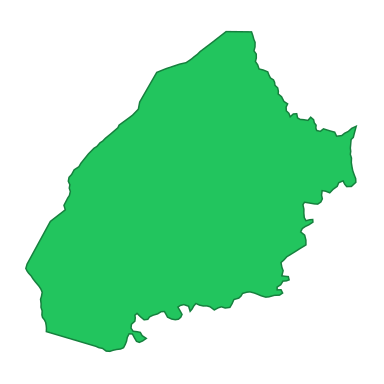 Coronel João Sá, Bahia, Brazil (Robinson projection), rotated 272°
{"feature_id": "56859067B3761453867009", "entity_name": "Coronel João Sá", "entity_type": "district", "adm_level": 2, "iso_a3": "BRA", "parent_name": "Brazil", "parent_adm1": "Bahia", "projection": "robinson", "projection_center": [-37.952, -10.285], "detail": "fine", "context": "isolated", "style": "filled", "palette": "green", "viewbox_px": 384, "rotation_deg": 272, "n_neighbors": 0, "source": "geoboundaries", "source_scale": "gbopen_adm2", "svg_char_len": 3095}
<svg xmlns="http://www.w3.org/2000/svg" viewBox="0 0 384 384"><g transform="rotate(272 192 192)"><path d="M332.7,195.3L329.8,192.6L327.4,189.6L325.1,187.1L323.2,184.6L321.0,181.5L319.4,175.3L314.6,162.4L313.5,159.8L310.3,152.6L280.1,136.6L272.9,135.5L266.7,129.9L264.0,126.6L256.3,116.8L253.6,115.7L246.7,108.2L242.7,103.6L239.7,100.9L238.0,98.4L234.2,95.4L232.3,92.5L226.5,87.2L216.9,80.0L213.3,78.1L210.1,73.5L205.3,71.1L202.4,68.6L198.5,68.0L195.0,69.7L191.6,69.2L188.3,70.4L184.2,69.6L181.8,68.1L174.2,64.5L169.8,66.0L157.7,51.5L114.2,29.7L109.8,28.6L107.2,30.0L105.1,31.6L102.5,34.2L99.7,36.1L96.7,38.6L92.5,42.4L89.8,44.3L86.6,45.8L82.5,45.2L79.5,44.4L74.9,45.1L71.5,45.1L68.0,46.4L63.9,46.3L61.4,47.0L59.2,48.9L56.6,50.3L53.2,51.0L50.6,51.3L47.4,51.3L34.4,101.4L33.2,104.3L32.6,108.0L30.0,111.8L29.9,115.5L31.1,118.7L32.0,122.2L32.6,126.1L34.0,129.0L37.3,130.6L40.7,131.8L44.5,132.4L48.1,134.1L48.0,137.4L44.2,139.6L40.8,141.8L39.9,144.6L41.4,147.8L44.1,151.4L46.7,147.2L49.9,145.2L50.5,141.7L50.8,138.0L53.8,135.8L57.7,136.1L60.9,139.4L64.3,139.7L66.8,139.2L68.8,141.3L65.4,145.0L62.6,148.6L63.2,152.3L65.7,153.9L67.5,157.3L69.0,161.9L71.3,165.3L71.6,168.6L68.7,170.4L66.1,171.9L64.3,176.1L63.8,179.8L64.4,182.9L66.4,185.1L69.3,186.3L72.7,184.3L76.5,181.9L78.2,184.3L79.2,187.8L77.7,192.6L72.7,194.3L75.1,196.2L78.1,197.7L80.7,199.8L79.2,203.5L78.5,207.2L78.7,210.8L77.9,214.1L74.9,218.4L77.2,222.3L78.3,225.4L77.2,229.2L78.0,233.9L81.9,236.0L86.0,237.6L87.6,242.5L89.7,244.6L92.4,246.0L93.8,250.4L94.2,253.5L93.2,257.9L91.9,261.6L90.7,264.7L89.5,269.3L89.9,272.5L91.6,277.9L92.0,283.1L94.2,286.1L97.4,284.4L97.2,280.5L100.0,280.4L102.4,283.9L106.1,286.0L106.5,289.5L107.6,292.1L110.8,291.2L111.0,287.7L111.4,284.7L116.5,285.8L120.1,284.4L124.6,283.4L127.6,286.5L130.6,289.0L133.3,293.1L136.5,297.9L139.0,301.5L143.1,307.7L147.9,307.5L152.8,306.1L155.9,302.0L159.3,303.5L161.4,306.3L163.4,310.1L166.1,313.9L168.7,313.6L168.4,310.7L167.3,306.9L170.3,305.1L174.8,304.5L178.8,304.4L183.2,303.3L185.7,304.8L185.2,308.9L184.4,314.6L184.3,318.1L186.5,321.1L189.7,322.5L193.3,321.6L197.9,322.0L197.5,325.4L196.0,329.7L199.6,332.9L202.7,336.9L206.4,338.3L208.4,342.6L205.2,344.3L202.8,346.4L203.1,351.1L207.4,355.4L211.1,355.1L214.8,353.5L218.9,351.9L222.8,351.0L226.9,350.2L231.5,350.2L235.1,348.9L238.1,349.2L241.4,348.7L244.6,348.9L247.1,349.0L250.0,349.2L252.2,351.3L255.1,351.9L263.4,353.8L261.2,349.4L258.0,346.1L256.0,342.4L253.6,339.7L252.8,334.6L256.8,332.5L257.7,328.5L258.7,324.8L259.7,321.2L257.1,318.1L257.8,314.5L260.2,313.5L263.1,313.7L265.4,311.8L268.5,311.0L270.9,308.0L267.6,305.4L268.2,300.7L268.3,297.5L269.8,294.9L273.9,293.9L273.5,290.5L270.6,287.5L274.0,286.1L276.4,283.4L280.2,283.1L283.4,284.5L285.7,280.7L290.3,278.2L293.0,274.7L295.6,274.8L299.0,274.0L301.5,271.2L304.5,270.7L306.9,269.5L308.7,266.4L311.8,264.7L314.7,263.5L316.4,259.0L317.3,254.7L321.4,253.2L324.6,250.8L328.1,251.6L332.1,251.4L335.2,249.0L339.2,249.9L343.8,249.8L346.6,248.5L350.5,247.3L354.1,245.9L353.5,220.5L341.8,206.5L332.7,195.3Z" fill="#22c55e" stroke="#15803d" stroke-width="1.5"/></g></svg>